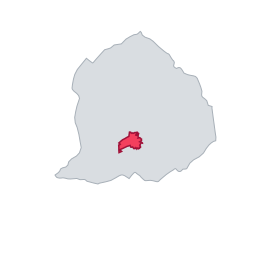 location of Bubi, Matabeleland North, Zimbabwe, rotated 309°
{"feature_id": "62879985B291328644758", "entity_name": "Bubi", "entity_type": "district", "adm_level": 2, "iso_a3": "ZWE", "parent_name": "Zimbabwe", "parent_adm1": "Matabeleland North", "projection": "orthographic", "projection_center": [28.902, -19.567], "detail": "fine", "context": "in_parent", "style": "filled", "palette": "rose", "viewbox_px": 256, "rotation_deg": 309, "n_neighbors": 0, "source": "geoboundaries", "source_scale": "gbopen_adm2", "svg_char_len": 4288}
<svg xmlns="http://www.w3.org/2000/svg" viewBox="0 0 256 256"><g transform="rotate(309 128 128)"><path d="M173.3,204.2L171.4,202.9L168.9,202.1L165.6,201.6L161.3,201.7L156.1,202.4L150.5,201.5L144.5,199.0L139.5,198.2L133.5,199.2L133.3,199.2L132.2,198.4L130.6,196.6L127.9,196.3L127.1,195.9L126.5,195.3L126.1,194.4L126.0,193.5L126.4,190.6L126.2,190.3L125.5,189.9L124.0,189.6L120.4,188.3L115.8,187.0L108.5,185.6L105.7,185.3L105.0,184.9L104.2,183.8L102.7,180.5L101.4,178.3L98.2,174.9L97.7,173.9L97.8,171.2L98.0,169.0L98.4,167.1L98.2,165.4L98.1,163.3L98.2,161.8L97.8,161.2L96.6,160.8L93.3,160.6L89.4,160.7L89.2,158.6L88.8,155.2L88.1,153.3L87.1,152.2L85.3,151.2L81.6,149.8L76.5,147.7L72.1,144.5L67.1,140.5L65.6,139.9L63.7,136.1L60.8,129.6L60.9,127.5L60.5,126.4L57.7,123.3L57.1,121.6L56.6,120.0L52.2,115.4L50.7,113.4L49.5,110.8L48.3,108.7L47.4,107.9L46.1,106.5L45.2,104.9L44.8,103.7L45.1,102.0L45.5,100.9L49.6,102.0L51.9,102.0L53.7,101.4L55.8,102.2L58.5,104.2L61.3,104.6L64.4,103.2L68.5,103.6L73.8,105.6L78.1,105.9L83.3,104.0L87.8,98.8L92.1,93.9L96.4,88.2L98.9,83.7L102.7,79.9L107.7,77.1L112.8,74.6L120.5,71.7L122.1,69.3L122.6,66.6L122.6,62.9L123.0,60.5L123.8,59.4L125.1,58.6L126.8,57.5L132.0,54.7L136.3,52.9L141.6,51.8L147.3,51.8L152.9,51.8L156.0,51.8L156.0,55.4L156.2,59.4L156.9,59.8L161.0,59.9L167.7,60.2L174.1,60.6L178.2,63.5L179.6,64.2L183.8,65.0L189.2,69.9L195.8,70.5L200.2,72.1L204.2,73.9L206.4,75.9L207.9,76.4L209.9,76.6L210.8,76.8L210.6,78.2L209.2,80.6L209.3,84.1L211.0,88.9L211.2,93.1L210.5,100.5L210.4,107.6L210.5,110.2L210.7,111.9L211.1,112.8L211.0,113.9L209.9,116.8L208.9,120.0L208.9,121.2L208.5,122.1L207.9,122.9L205.0,124.3L204.5,125.2L204.5,126.8L204.8,128.2L205.9,128.7L207.1,129.5L207.6,130.6L207.6,131.7L207.1,133.7L205.9,137.0L207.0,140.8L208.2,143.3L209.8,146.2L210.5,148.0L210.4,149.3L210.2,150.5L207.4,155.7L205.5,158.9L203.1,162.3L200.0,164.4L199.2,165.4L198.9,166.6L199.0,169.3L198.8,172.0L196.1,176.1L197.6,179.8L197.2,180.1L196.4,180.6L192.6,184.6L188.8,188.6L186.0,191.6L182.8,195.0L179.3,198.7L176.3,202.0L173.3,204.2Z" fill="#d9dde1" stroke="#a8b0b8" stroke-width="1"/><path d="M113.7,130.8L111.7,130.5L110.6,130.3L110.5,131.3L110.5,131.9L110.5,132.2L109.9,132.1L109.9,131.9L108.9,131.5L107.6,132.7L107.4,132.9L107.3,133.0L106.3,133.8L105.8,134.2L105.2,134.7L104.4,135.4L104.4,135.5L103.2,136.5L103.7,136.8L104.4,137.1L105.4,137.6L105.8,137.8L105.9,135.7L106.0,135.4L107.0,135.8L107.5,136.1L108.6,136.7L108.9,136.8L109.4,137.1L109.7,137.2L110.6,137.6L111.0,137.8L111.4,138.0L112.2,138.4L113.0,138.7L113.4,139.0L113.9,139.4L115.0,140.1L115.8,140.6L115.5,141.1L115.1,141.8L114.9,142.0L114.9,142.3L115.0,142.4L115.1,142.6L115.9,143.4L116.2,143.6L115.6,145.4L116.1,146.0L116.5,146.0L116.5,146.4L116.9,146.5L117.0,146.5L116.9,146.6L117.0,146.8L117.1,147.0L117.4,147.1L117.4,147.3L117.4,147.5L117.5,147.5L117.4,147.7L117.5,147.7L117.5,147.8L117.8,148.0L117.7,148.1L117.8,148.1L118.1,148.1L118.0,148.3L118.2,148.6L118.3,148.6L118.4,149.0L118.7,148.8L119.4,149.8L119.7,149.7L119.8,149.5L119.9,149.4L120.2,149.2L120.4,149.2L120.5,149.2L120.7,149.5L120.9,149.8L121.0,149.8L121.2,149.2L121.7,149.1L121.9,148.2L123.0,147.9L122.9,147.8L124.7,147.6L125.3,148.8L125.4,148.7L125.5,148.5L125.3,147.9L125.0,146.7L124.7,145.8L125.6,146.1L126.6,146.5L127.2,146.0L127.7,145.6L127.5,145.4L127.9,144.7L127.9,143.2L126.6,142.1L127.1,142.0L128.1,140.8L129.8,140.0L128.4,139.3L127.7,139.3L127.5,139.0L127.4,138.7L127.6,138.7L127.8,138.5L127.9,138.3L128.0,138.3L129.3,138.5L130.3,139.2L130.6,138.1L130.4,138.0L130.3,137.9L130.2,137.8L130.2,137.7L129.9,137.7L129.8,137.4L129.7,137.3L129.7,137.2L129.4,137.0L129.2,136.9L129.1,136.7L129.0,136.4L128.9,136.3L128.9,136.2L128.7,136.1L128.4,136.0L128.2,136.0L128.1,135.9L127.9,135.8L127.8,135.7L127.6,135.7L127.5,135.4L127.4,135.3L127.3,135.2L127.2,135.2L127.2,134.9L126.9,134.7L126.8,134.4L126.7,134.3L126.5,134.2L126.5,134.3L126.4,134.3L126.4,134.2L126.3,133.9L126.2,133.8L126.1,133.7L126.1,133.4L126.1,133.1L126.2,132.9L126.4,132.8L126.4,132.7L126.1,132.3L126.1,132.2L126.0,131.9L125.7,131.7L124.8,132.3L124.3,132.6L123.9,132.9L123.6,133.0L122.2,133.9L121.5,133.7L120.4,133.2L119.4,132.8L118.6,132.5L118.2,132.4L117.5,132.1L116.6,131.7L115.9,131.4L115.5,131.2L115.0,131.1L113.7,130.8Z" fill="#f43f5e" stroke="#9f1239" stroke-width="1.5"/></g></svg>